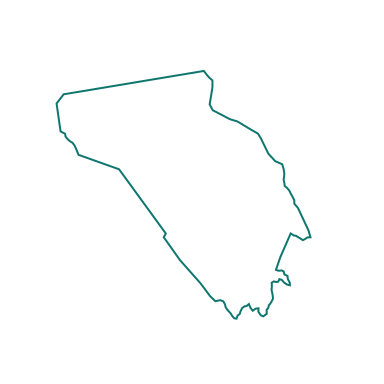 Maetinga, Bahia, Brazil (Equal Earth projection), rotated 335°
{"feature_id": "56859067B22640156223333", "entity_name": "Maetinga", "entity_type": "district", "adm_level": 2, "iso_a3": "BRA", "parent_name": "Brazil", "parent_adm1": "Bahia", "projection": "equal_earth", "projection_center": [-41.494, -14.667], "detail": "fine", "context": "isolated", "style": "outline", "palette": "teal", "viewbox_px": 384, "rotation_deg": 335, "n_neighbors": 0, "source": "geoboundaries", "source_scale": "gbopen_adm2", "svg_char_len": 1567}
<svg xmlns="http://www.w3.org/2000/svg" viewBox="0 0 384 384"><g transform="rotate(335 192 192)"><path d="M117.0,49.2L106.7,54.5L100.6,74.5L98.5,81.6L101.6,85.6L100.8,88.4L101.9,92.3L103.1,94.8L104.5,96.8L105.2,100.3L105.2,104.2L105.0,107.4L104.9,110.4L135.5,140.6L137.2,149.2L150.7,218.5L147.3,221.1L152.3,248.6L161.1,278.3L162.0,282.5L163.8,291.2L164.5,294.4L167.1,300.9L169.7,301.4L172.0,302.1L174.2,304.3L174.4,307.8L173.8,310.6L174.4,314.2L175.7,318.2L176.1,321.4L176.9,324.3L178.8,325.6L181.1,323.3L183.7,322.7L185.6,320.6L188.4,318.4L191.2,317.8L193.3,318.4L196.2,317.6L196.0,321.6L196.9,325.3L200.3,324.6L203.1,325.5L201.6,328.4L202.2,332.7L204.0,334.8L206.2,334.4L208.2,334.0L209.9,330.3L212.2,329.3L213.8,327.1L215.7,326.3L218.1,324.7L220.3,322.9L221.3,320.2L222.1,317.2L222.7,314.4L224.3,311.7L225.9,307.9L228.3,307.6L230.4,309.2L232.3,309.7L234.4,307.9L236.2,309.6L237.3,313.2L239.0,316.0L241.3,317.9L242.3,315.5L242.1,311.2L243.1,308.4L240.9,305.7L241.5,302.7L240.0,300.9L237.2,300.0L235.2,298.0L244.8,288.1L263.9,271.3L265.9,274.4L267.8,275.7L269.0,277.7L270.5,279.8L272.1,282.5L274.7,282.4L277.3,281.9L280.2,283.1L281.3,276.5L281.3,259.9L281.3,253.6L281.2,250.8L279.8,246.0L281.2,242.7L281.1,238.3L280.8,235.3L280.8,232.1L279.9,228.6L278.6,225.6L279.5,222.9L280.3,219.4L282.1,216.8L283.5,214.2L284.8,209.6L285.5,205.0L280.5,199.3L277.4,189.6L277.1,172.7L276.5,167.0L271.6,160.1L263.0,147.3L257.1,142.0L245.4,126.7L245.0,120.1L254.7,105.9L257.7,99.5L255.9,95.5L255.0,92.3L253.9,87.3L117.0,49.2Z" fill="none" stroke="#0f766e" stroke-width="2"/></g></svg>